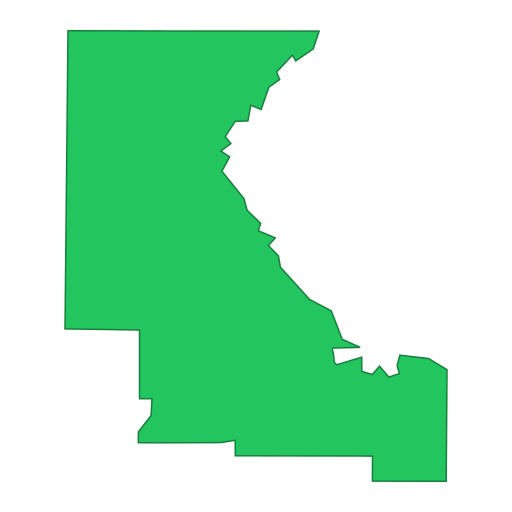 the district of Riley, Kansas, United States of America
{"feature_id": "52423323B78977579419927", "entity_name": "Riley", "entity_type": "district", "adm_level": 2, "iso_a3": "USA", "parent_name": "United States of America", "parent_adm1": "Kansas", "projection": "orthographic", "projection_center": [-96.639, 39.305], "detail": "fine", "context": "isolated", "style": "filled", "palette": "green", "viewbox_px": 512, "rotation_deg": 0, "n_neighbors": 0, "source": "geoboundaries", "source_scale": "gbopen_adm2", "svg_char_len": 922}
<svg xmlns="http://www.w3.org/2000/svg" viewBox="0 0 512 512"><path d="M68.0,30.7L65.0,328.9L139.5,330.0L139.5,398.7L152.0,398.7L151.1,415.5L138.4,431.9L138.3,442.7L154.9,442.8L220.6,442.6L235.2,440.3L235.3,455.8L253.1,455.8L360.0,456.0L372.5,456.1L372.4,481.1L446.2,481.3L447.0,369.7L428.5,358.5L399.9,355.2L397.1,365.5L399.4,373.6L388.9,377.1L379.5,366.2L372.3,374.5L361.8,371.4L361.7,357.2L337.0,364.7L335.4,363.8L334.3,362.1L333.6,355.0L332.9,351.2L332.3,349.8L332.5,348.5L333.3,347.9L335.2,348.0L360.1,347.4L342.2,339.3L331.3,310.9L309.6,299.5L280.4,267.2L278.4,255.8L268.4,245.6L275.2,237.9L258.4,230.8L260.6,223.3L247.1,210.3L244.0,198.7L221.9,171.2L229.6,156.9L220.8,151.0L230.9,143.6L225.2,136.6L235.2,121.4L247.9,120.9L250.8,105.2L261.1,109.5L268.9,87.2L279.7,79.5L276.6,72.0L292.4,55.2L295.7,60.9L313.2,48.9L319.1,31.1L318.4,31.1L169.0,31.0L68.0,30.7Z" fill="#22c55e" stroke="#15803d" stroke-width="1.5"/></svg>